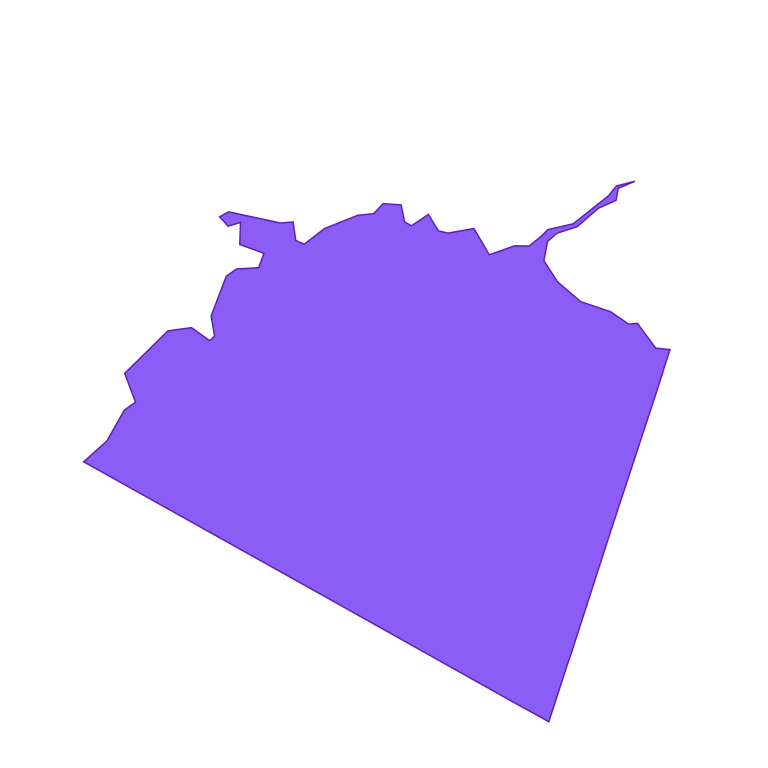 outline of Halifax, Virginia, United States of America, rotated 288°
{"feature_id": "52423323B86622272902322", "entity_name": "Halifax", "entity_type": "district", "adm_level": 2, "iso_a3": "USA", "parent_name": "United States of America", "parent_adm1": "Virginia", "projection": "albers", "projection_center": [-78.814, 36.802], "detail": "fine", "context": "isolated", "style": "filled", "palette": "violet", "viewbox_px": 768, "rotation_deg": 288, "n_neighbors": 0, "source": "geoboundaries", "source_scale": "gbopen_adm2", "svg_char_len": 1095}
<svg xmlns="http://www.w3.org/2000/svg" viewBox="0 0 768 768"><g transform="rotate(288 384 384)"><path d="M113.7,645.1L120.9,645.1L121.6,645.1L178.4,645.1L178.8,645.1L188.3,645.4L189.4,645.3L307.1,645.1L313.0,645.1L314.0,645.1L336.9,645.2L337.1,645.1L358.6,645.3L359.3,645.3L454.9,645.6L479.8,645.6L485.5,645.4L505.1,645.4L502.1,631.3L520.0,606.2L516.5,598.1L522.7,577.3L523.1,545.6L534.7,517.6L550.6,498.0L570.0,495.5L580.7,501.7L593.3,519.1L617.4,533.6L630.4,548.0L642.4,546.3L654.3,559.9L644.2,543.9L632.3,539.3L594.8,514.4L581.3,491.9L574.0,488.4L560.1,479.5L555.7,465.3L539.4,444.2L559.7,421.5L547.3,398.3L546.4,388.5L559.0,373.8L542.9,361.2L544.6,353.4L559.6,345.0L555.3,327.4L542.7,321.5L536.4,307.0L513.5,279.4L492.3,265.0L493.3,255.7L510.0,247.5L505.1,235.7L499.7,183.0L492.2,176.0L485.9,186.9L493.3,197.6L472.1,203.7L471.2,229.4L455.9,228.9L447.8,208.2L437.8,200.7L395.3,198.6L377.3,208.0L371.3,204.8L378.1,183.5L367.8,162.1L314.0,134.1L289.9,153.3L279.1,145.2L244.1,138.0L217.2,122.4L163.4,394.3L121.4,605.2L113.7,645.1Z" fill="#8b5cf6" stroke="#5b21b6" stroke-width="1.5"/></g></svg>